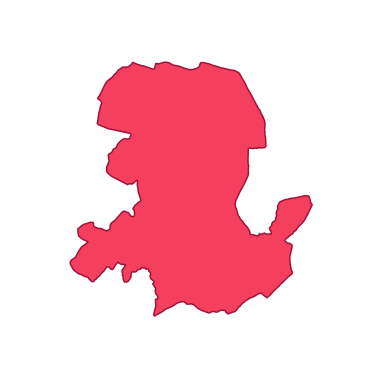 outline of Jutiapa, Jutiapa, Guatemala, rotated 25°
{"feature_id": "79465075B37757283668569", "entity_name": "Jutiapa", "entity_type": "district", "adm_level": 2, "iso_a3": "GTM", "parent_name": "Guatemala", "parent_adm1": "Jutiapa", "projection": "albers", "projection_center": [-89.932, 14.311], "detail": "fine", "context": "isolated", "style": "filled", "palette": "rose", "viewbox_px": 384, "rotation_deg": 25, "n_neighbors": 0, "source": "geoboundaries", "source_scale": "gbopen_adm2", "svg_char_len": 4899}
<svg xmlns="http://www.w3.org/2000/svg" viewBox="0 0 384 384"><g transform="rotate(25 192 192)"><path d="M306.4,152.9L303.9,151.3L302.5,149.3L300.2,146.8L299.2,146.3L295.6,147.9L287.3,154.2L284.0,156.2L280.8,158.9L280.2,159.0L276.6,162.9L275.7,164.1L275.5,167.8L275.9,169.5L276.9,171.1L277.1,175.2L278.5,177.4L279.4,182.1L279.1,183.6L277.8,185.1L277.8,187.2L278.4,189.0L277.4,192.0L278.3,193.2L280.3,194.2L281.6,196.6L279.9,197.2L278.1,198.6L274.9,198.7L272.8,201.1L270.7,201.3L270.6,203.3L269.4,204.3L266.0,204.8L264.1,205.6L262.2,205.4L261.5,203.9L259.4,202.0L256.2,200.1L254.4,199.6L251.4,198.0L250.7,197.4L247.1,196.0L245.1,194.3L243.8,193.8L240.0,189.3L236.7,185.8L236.0,184.2L235.4,181.5L235.3,172.8L236.0,161.7L235.9,153.9L235.6,152.1L233.1,146.8L232.3,144.2L230.7,142.3L229.3,139.5L224.8,129.0L224.9,128.4L225.6,127.8L228.5,127.1L231.1,125.3L231.8,125.3L234.6,123.2L236.2,122.8L238.5,121.4L239.4,120.4L239.5,119.0L235.6,111.5L233.6,109.0L232.9,107.1L231.4,104.7L230.9,102.8L229.9,101.3L229.7,99.9L227.5,96.6L225.3,94.7L225.0,94.2L221.2,91.4L218.6,88.9L217.5,88.7L201.9,76.9L198.3,74.6L193.6,70.6L188.3,67.0L185.1,64.6L183.4,64.1L181.8,64.0L180.0,63.9L177.1,64.4L175.9,65.0L167.8,66.6L166.9,67.0L158.6,68.1L157.8,68.4L153.8,68.6L151.6,69.1L149.9,69.3L147.3,70.1L146.3,70.4L145.2,71.4L145.2,72.8L145.6,75.2L144.0,78.1L141.9,79.7L141.1,80.7L138.7,81.8L138.2,82.2L133.9,82.9L131.0,83.1L126.3,83.6L121.0,85.0L116.5,84.6L114.9,84.9L112.0,86.1L109.9,88.0L108.1,89.6L104.8,91.0L105.9,96.0L104.9,97.1L94.5,98.2L93.3,98.7L89.3,99.3L83.6,99.6L82.7,103.1L82.0,104.2L80.9,106.0L78.8,106.9L76.2,108.5L73.6,112.9L73.1,116.1L72.2,117.7L71.2,121.6L68.1,127.8L67.7,131.0L67.5,143.3L66.8,146.7L68.0,147.6L69.6,147.5L71.0,148.0L72.6,149.6L72.8,152.8L73.2,154.8L73.6,155.6L74.0,159.0L76.2,166.4L76.6,167.5L76.8,168.2L76.9,168.9L77.0,169.7L78.9,170.7L82.6,170.3L89.1,170.1L110.3,165.2L111.9,165.2L112.6,165.8L112.8,169.7L111.5,171.2L107.9,172.4L106.2,174.9L104.6,179.1L104.4,181.6L104.7,183.6L102.6,186.5L102.6,189.3L101.7,191.3L100.8,192.3L100.6,194.3L103.8,198.9L104.2,205.4L105.6,208.7L106.4,209.7L108.4,210.7L112.5,211.8L130.5,212.5L132.0,210.7L134.0,210.3L135.2,209.0L135.2,208.3L136.9,204.9L137.3,204.6L137.8,204.7L139.3,208.5L141.8,212.1L142.7,213.8L145.9,217.5L147.6,219.4L148.6,220.5L149.1,221.0L149.2,221.7L147.4,224.7L147.2,225.6L145.9,228.2L145.5,232.0L146.0,232.7L147.4,233.0L148.5,234.7L149.7,237.5L149.8,238.2L149.2,239.2L146.7,239.7L144.0,238.1L143.1,237.5L140.9,238.0L138.8,237.9L137.5,239.0L137.3,239.8L137.0,240.3L134.3,249.8L132.7,252.8L132.0,254.4L131.9,257.0L132.9,258.8L133.2,260.6L132.7,261.1L131.1,263.5L130.2,263.5L125.6,263.5L121.7,264.7L118.5,264.8L117.6,264.5L116.4,263.2L115.8,261.7L115.0,261.5L113.0,262.2L108.1,266.7L107.5,267.1L106.0,269.6L105.0,272.1L104.3,272.8L104.3,273.7L105.5,276.5L107.7,279.6L110.0,280.5L114.3,281.1L118.2,281.1L118.7,281.3L118.8,281.8L118.6,282.3L118.2,282.8L115.1,288.6L114.3,293.6L114.0,300.4L111.3,304.9L111.3,305.8L111.3,306.9L112.0,308.6L116.1,311.7L118.0,312.8L123.3,314.0L126.5,313.7L131.0,313.9L133.4,313.2L136.1,314.6L139.2,315.5L140.1,315.3L141.0,313.7L140.9,313.1L141.9,311.5L142.1,310.2L142.7,309.0L143.6,307.4L144.0,304.7L145.8,300.2L146.0,297.6L146.7,295.7L147.7,295.1L149.2,295.2L150.6,296.1L152.0,296.1L152.6,295.8L153.3,294.2L153.6,289.8L154.6,287.0L156.9,287.5L159.0,287.3L160.1,286.6L162.4,286.2L162.4,288.8L161.7,292.6L162.6,294.3L163.8,295.2L163.8,296.4L165.8,298.4L166.3,299.9L168.2,301.7L169.0,302.0L170.4,301.5L172.0,299.7L172.6,295.9L172.5,294.3L171.4,292.3L171.5,289.8L172.2,289.2L173.5,288.9L174.6,288.2L175.2,287.5L175.6,285.5L177.9,283.8L178.4,281.6L179.8,281.6L180.9,280.6L182.7,281.5L184.6,280.2L185.1,280.2L185.3,280.6L186.2,281.9L188.7,282.8L189.7,286.2L191.6,288.2L195.4,288.9L195.7,289.5L195.8,289.9L195.6,290.5L195.2,291.2L195.4,292.0L199.2,294.3L200.1,295.3L200.7,297.8L202.2,299.5L203.6,300.1L205.5,301.5L205.8,303.3L204.6,304.4L204.5,305.3L207.4,310.7L209.0,318.9L209.8,320.0L210.7,320.1L211.1,319.0L213.0,316.9L216.3,312.1L217.1,310.0L222.8,303.5L225.7,298.6L229.6,295.4L231.0,294.9L234.9,295.8L238.7,293.7L241.0,293.4L247.1,295.1L250.9,295.2L258.1,294.6L259.4,293.7L260.5,292.2L261.7,291.3L265.1,290.4L266.1,289.7L267.2,287.9L268.4,286.8L269.8,286.3L270.9,285.6L272.5,285.7L273.9,286.8L276.1,287.3L279.9,283.4L281.3,282.5L282.3,280.1L283.2,275.7L283.7,275.2L284.7,271.6L285.8,269.9L286.7,267.7L290.0,262.8L290.9,262.2L293.3,259.2L294.7,256.9L296.7,254.8L297.8,254.6L304.5,256.2L304.9,255.2L305.5,254.6L308.6,245.2L310.7,240.3L311.5,237.0L312.1,236.3L314.3,230.0L317.2,223.8L317.1,222.5L314.7,220.4L312.0,216.5L310.3,214.0L307.9,209.0L305.9,199.4L304.9,197.7L302.5,197.3L300.1,197.9L297.3,197.2L296.6,196.1L297.2,193.9L298.2,192.5L298.4,191.6L299.9,188.6L300.8,187.5L301.2,184.6L302.3,183.2L303.3,177.8L304.8,174.3L305.7,171.0L306.2,165.3L306.4,152.9Z" fill="#f43f5e" stroke="#9f1239" stroke-width="1.5"/></g></svg>